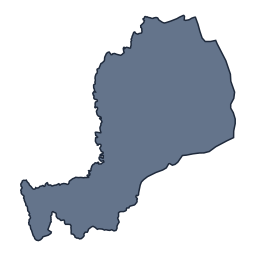 Kabang, Yala, Thailand
{"feature_id": "78962969B19846711934015", "entity_name": "Kabang", "entity_type": "district", "adm_level": 2, "iso_a3": "THA", "parent_name": "Thailand", "parent_adm1": "Yala", "projection": "orthographic", "projection_center": [100.929, 6.36], "detail": "fine", "context": "isolated", "style": "filled", "palette": "slate", "viewbox_px": 256, "rotation_deg": 0, "n_neighbors": 0, "source": "geoboundaries", "source_scale": "gbopen_adm2", "svg_char_len": 5711}
<svg xmlns="http://www.w3.org/2000/svg" viewBox="0 0 256 256"><path d="M195.4,17.2L194.6,17.2L191.7,18.2L189.6,19.5L188.5,19.9L185.6,20.4L184.2,19.9L184.5,16.4L183.9,15.5L183.3,15.4L179.6,17.1L176.8,18.7L170.7,21.1L166.1,22.6L164.3,23.0L162.5,22.4L159.2,20.2L158.6,19.6L157.8,18.1L157.1,17.7L156.0,17.5L153.8,17.9L153.4,18.3L152.2,18.4L150.9,18.1L150.4,17.8L148.2,17.4L147.4,16.9L146.5,17.0L145.8,16.6L145.0,16.6L144.6,17.0L144.3,18.0L143.6,18.7L143.2,18.7L143.0,18.9L143.3,19.8L144.4,20.5L143.7,22.7L140.7,25.6L140.8,27.4L141.3,27.7L141.8,28.8L141.8,30.3L142.0,31.6L141.6,32.8L141.2,33.1L139.0,33.5L137.8,34.2L136.0,33.5L135.4,33.1L134.8,32.0L134.3,32.0L133.6,32.6L132.8,34.9L132.1,36.4L131.8,38.1L131.2,39.0L131.2,39.7L131.6,40.6L130.9,41.7L131.1,43.3L131.1,45.3L130.7,46.4L130.5,47.9L130.1,48.1L129.4,48.1L128.1,47.6L126.5,47.3L125.5,47.7L124.8,48.5L124.4,47.6L124.1,47.3L123.8,47.4L123.3,48.3L123.3,48.9L123.7,51.3L124.1,52.2L124.1,52.7L123.2,53.3L122.2,54.4L120.6,55.3L116.6,54.3L114.7,53.5L112.8,53.7L112.2,54.5L111.1,54.7L110.4,53.5L109.6,52.8L109.4,52.2L109.1,52.0L107.8,52.4L106.5,53.4L104.8,57.0L104.6,58.0L104.5,60.1L104.2,60.9L102.4,62.7L100.9,63.6L99.0,68.3L97.4,69.0L97.1,69.3L97.0,70.1L97.4,71.1L97.1,72.7L97.0,73.3L96.0,74.1L95.2,76.5L95.0,78.4L95.2,78.9L95.3,81.0L95.0,81.6L94.9,82.4L95.2,83.0L95.2,83.8L94.9,84.1L94.0,84.5L93.6,85.1L93.7,88.0L94.3,88.9L94.4,90.3L95.0,91.5L95.5,92.0L95.1,92.1L94.6,91.5L93.9,91.7L93.0,92.8L92.8,93.5L93.4,95.3L94.0,95.9L93.8,97.9L94.0,98.6L95.0,99.3L96.7,99.6L97.2,100.1L97.4,100.7L97.4,101.0L97.0,101.4L95.6,102.0L95.4,102.3L95.1,103.7L95.2,105.8L94.8,107.2L95.0,107.6L95.3,107.8L96.2,107.2L97.0,107.2L97.6,108.0L97.5,109.1L97.0,110.2L96.6,110.7L96.4,111.5L97.1,114.5L98.4,116.1L100.3,116.7L100.9,117.1L101.2,117.8L101.2,118.2L100.2,118.0L99.7,118.2L99.6,118.4L99.9,118.9L100.8,119.6L101.6,120.7L101.9,121.6L101.8,122.3L100.9,123.5L100.9,125.2L100.2,126.7L99.9,127.9L100.4,130.9L100.9,132.1L100.8,132.7L100.2,132.8L96.7,132.2L95.7,132.2L95.3,132.4L95.7,135.3L96.5,135.9L97.6,137.1L97.1,137.6L95.9,137.6L95.6,137.9L95.4,141.2L96.1,142.8L97.3,144.2L97.3,145.1L98.1,145.2L98.5,144.3L99.1,144.2L100.6,144.4L101.0,145.1L101.1,145.7L100.9,146.4L99.9,147.9L99.8,148.4L100.9,150.4L101.3,151.5L102.9,152.1L103.2,153.0L103.0,153.3L100.6,154.4L100.0,155.1L101.3,155.9L102.2,155.3L103.3,155.5L103.4,156.0L103.2,156.6L103.3,157.9L103.1,158.2L102.8,158.3L100.5,157.2L99.5,156.9L99.1,157.5L99.1,158.6L99.4,159.4L100.8,161.0L101.3,161.2L103.4,160.7L103.9,162.0L102.5,162.8L101.1,163.9L98.7,164.0L98.2,163.4L98.6,162.6L98.1,162.2L96.7,163.2L95.8,162.8L95.0,162.9L94.2,163.9L92.8,164.7L92.3,165.7L91.7,166.2L91.5,167.5L91.0,168.7L90.9,170.6L90.3,171.1L89.1,170.5L88.6,170.7L89.3,172.1L88.8,172.8L88.8,173.2L89.9,173.7L89.9,174.8L89.4,175.3L88.7,174.9L87.4,175.1L87.1,175.5L87.3,176.0L88.7,177.0L88.6,177.4L85.8,177.6L84.9,177.4L84.0,177.8L80.9,177.4L78.5,177.6L75.7,177.3L74.3,178.1L72.7,178.7L69.5,181.1L69.2,181.6L68.9,183.3L68.0,184.3L67.1,184.4L65.9,183.8L63.7,183.5L61.3,184.1L59.9,185.1L59.5,184.9L59.1,183.9L58.8,183.7L56.3,185.0L54.6,185.2L52.1,186.0L51.5,185.8L51.0,185.2L50.2,184.9L48.9,185.2L48.5,185.0L47.9,184.5L47.7,183.2L47.2,182.7L46.6,183.0L45.4,184.2L45.0,185.9L44.6,186.3L44.0,186.4L43.2,185.6L42.7,185.5L41.5,186.1L40.0,186.3L39.1,187.4L38.5,187.8L36.7,188.1L35.7,187.6L35.4,188.6L34.5,189.1L33.7,189.2L32.6,188.6L31.2,186.7L29.4,185.0L28.8,183.4L27.4,182.1L26.2,180.1L25.7,180.4L23.4,180.3L22.3,181.0L22.0,182.2L21.0,183.7L20.8,184.4L21.1,186.3L22.1,187.3L21.9,188.4L21.2,189.2L20.8,190.3L20.9,191.0L21.4,191.7L21.1,192.8L21.9,194.2L23.9,196.0L24.0,196.9L23.6,197.7L23.6,198.2L24.2,199.0L24.4,200.6L25.7,203.5L25.9,205.3L26.1,205.6L27.0,206.2L27.4,207.1L27.8,210.9L28.6,211.6L29.6,213.7L28.9,215.0L29.1,215.3L29.9,215.8L30.5,217.8L30.3,218.5L29.3,219.4L29.1,219.9L29.2,221.5L28.7,222.4L29.0,224.7L30.2,225.5L30.7,228.8L31.5,230.2L33.2,235.6L34.2,236.9L34.8,238.7L36.3,240.1L38.4,240.6L40.5,239.8L42.3,238.0L42.9,236.8L48.2,235.2L50.9,233.4L51.3,232.0L48.9,230.5L47.9,229.6L50.0,224.1L50.4,222.5L50.8,222.4L51.2,221.7L50.9,220.6L51.1,219.6L50.9,218.9L51.0,217.6L50.7,216.7L50.8,215.9L51.8,214.8L51.9,212.5L52.6,211.7L53.0,211.6L53.4,211.7L54.2,212.5L55.3,212.7L56.0,213.3L56.2,214.4L56.2,216.2L56.4,216.7L57.8,218.5L59.6,219.1L60.3,220.0L61.0,220.5L63.4,220.0L64.0,220.1L64.5,221.0L64.6,223.0L65.5,224.3L68.1,224.3L70.2,224.5L71.1,225.9L70.9,227.5L71.2,230.6L71.1,232.5L71.3,233.9L73.1,234.2L74.7,235.7L75.0,237.1L76.8,238.1L78.2,238.1L79.6,238.9L81.4,238.6L83.2,237.0L84.1,235.8L83.9,234.0L85.2,232.2L87.3,232.2L88.0,230.9L88.5,229.2L91.6,226.8L93.0,226.3L95.0,227.3L97.3,229.3L98.9,228.8L102.3,229.1L104.5,230.1L105.9,229.7L108.0,230.2L109.8,230.4L111.7,229.7L114.0,230.9L116.0,230.4L117.0,228.4L117.0,226.1L117.8,224.3L119.1,222.2L119.0,221.6L117.7,218.3L117.7,217.8L118.4,216.8L118.6,216.1L118.5,212.9L119.6,211.9L120.8,211.6L123.6,211.6L125.6,210.8L126.3,210.1L126.4,208.8L126.8,208.0L128.9,207.9L129.3,206.8L130.1,206.1L134.3,205.0L135.2,204.3L136.0,203.1L136.6,202.7L137.1,201.2L136.8,199.7L137.3,199.2L137.3,198.8L137.2,198.4L136.1,197.2L135.9,196.3L136.4,195.4L137.3,195.7L137.7,195.5L138.0,195.4L138.5,194.7L138.6,193.0L140.2,185.1L141.4,182.0L143.7,179.6L147.6,176.6L155.9,172.5L162.7,170.0L166.3,167.9L168.7,163.8L169.8,163.6L172.3,165.2L175.0,164.4L177.7,162.3L182.4,155.5L186.5,155.1L193.2,153.8L199.6,153.0L204.0,152.9L209.3,151.5L215.8,146.7L227.1,140.7L233.6,137.6L233.7,131.0L235.2,123.6L235.2,119.0L233.3,112.7L230.7,108.1L230.7,104.2L233.8,98.4L234.6,92.1L230.8,81.2L230.4,74.2L225.8,60.6L217.2,43.9L215.7,40.4L210.6,41.5L205.2,41.5L202.1,38.0L199.9,31.4L198.0,24.4L195.4,17.2Z" fill="#64748b" stroke="#1e293b" stroke-width="1.5"/></svg>